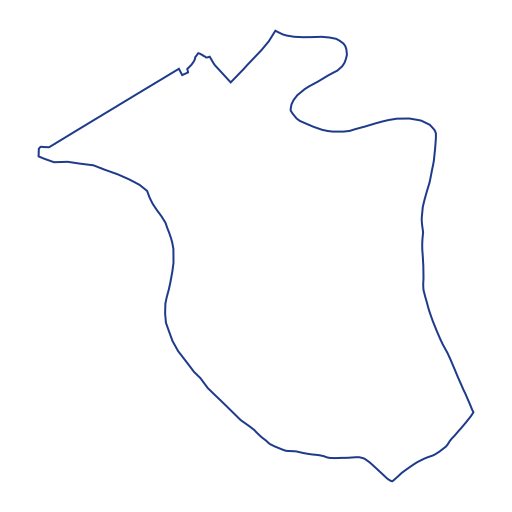 the district of Phu Tan, An Giang, Vietnam
{"feature_id": "81297802B56486108937036", "entity_name": "Phu Tan", "entity_type": "district", "adm_level": 2, "iso_a3": "VNM", "parent_name": "Vietnam", "parent_adm1": "An Giang", "projection": "albers", "projection_center": [105.28, 10.655], "detail": "fine", "context": "isolated", "style": "outline", "palette": "blue", "viewbox_px": 512, "rotation_deg": 0, "n_neighbors": 0, "source": "geoboundaries", "source_scale": "gbopen_adm2", "svg_char_len": 3633}
<svg xmlns="http://www.w3.org/2000/svg" viewBox="0 0 512 512"><path d="M54.0,162.2L61.7,162.0L67.6,161.8L79.7,163.6L93.4,165.3L105.2,169.9L117.9,174.4L129.4,179.5L139.6,184.9L147.1,190.9L149.5,197.4L152.6,203.7L156.8,210.0L161.4,216.2L165.4,222.6L167.7,229.1L169.0,232.3L171.1,238.5L172.2,242.4L173.4,248.9L173.5,262.8L172.4,271.2L170.2,283.3L169.6,285.8L168.9,289.2L168.4,291.0L166.6,297.7L165.4,303.5L165.1,313.5L165.9,322.2L165.9,322.7L168.8,330.8L172.5,341.0L178.1,351.1L186.6,362.1L194.1,372.0L200.4,378.1L207.7,388.0L210.3,390.5L214.4,394.5L224.5,404.2L229.2,408.8L240.2,419.6L241.0,420.3L250.0,426.7L254.4,430.1L256.2,432.1L259.4,435.2L261.6,437.2L263.4,438.6L265.0,439.8L266.5,441.0L268.1,442.6L269.2,443.5L270.3,444.3L271.2,444.7L271.5,444.8L274.4,446.3L277.1,447.4L282.5,449.6L285.3,450.6L286.7,450.9L288.4,451.0L291.1,451.1L293.5,451.2L296.2,451.4L298.8,452.0L303.2,453.0L308.2,453.9L312.5,454.5L313.6,454.6L317.8,455.0L320.3,455.4L323.9,456.2L326.5,457.2L328.1,457.6L329.6,457.9L331.2,458.0L331.5,458.0L334.6,458.1L339.0,458.0L340.8,457.9L347.7,457.8L354.8,457.3L357.0,457.2L358.2,457.2L359.6,457.3L360.8,457.6L362.1,457.9L364.3,458.6L365.4,459.3L369.3,462.1L371.4,463.9L376.0,468.1L379.2,471.1L383.3,474.9L386.7,478.1L388.2,479.3L390.5,480.7L391.8,481.2L392.1,481.3L392.4,481.2L393.7,480.2L396.5,477.7L397.9,476.5L401.6,473.0L404.5,470.8L411.5,465.9L414.5,463.9L417.0,462.3L420.9,460.3L424.4,458.6L427.3,457.4L432.8,455.5L435.2,454.3L437.7,452.7L439.3,451.7L443.3,448.6L445.8,446.7L447.4,444.8L450.1,440.6L452.1,438.2L454.1,436.2L459.0,430.5L461.0,428.3L466.2,422.1L469.4,418.1L471.3,415.6L472.5,413.7L473.0,413.0L473.4,412.2L473.2,411.9L472.1,409.6L471.6,408.4L470.5,405.6L465.1,393.1L463.6,390.1L457.4,376.0L455.4,371.1L450.4,359.3L447.5,353.0L442.7,344.3L440.3,339.2L436.4,330.1L432.9,321.4L430.9,315.8L429.1,310.5L427.9,306.4L427.0,302.9L425.1,296.3L424.0,292.0L423.7,290.9L423.5,289.9L423.3,287.6L423.2,284.3L423.5,278.1L423.4,271.3L423.3,265.3L423.2,264.0L422.8,256.5L422.3,250.0L422.2,244.9L422.4,239.7L423.1,232.3L422.6,228.6L422.1,225.0L421.7,220.2L421.8,217.1L422.8,206.9L424.4,200.2L426.5,192.6L429.6,182.3L430.2,179.3L430.7,177.0L430.8,176.4L432.0,170.1L433.2,164.4L433.9,160.4L434.4,155.3L435.1,148.7L435.9,138.3L435.9,133.3L434.7,130.3L432.6,127.8L429.8,124.8L421.2,120.6L417.0,119.8L409.2,118.5L396.7,118.7L388.7,120.0L381.9,121.6L374.7,123.6L363.8,126.9L363.2,127.0L355.1,129.2L349.7,130.9L343.6,131.6L340.3,131.6L336.2,131.6L332.8,131.6L327.7,131.0L322.1,129.8L313.5,126.8L304.6,123.0L299.8,120.9L296.5,118.4L292.7,113.7L290.7,110.7L290.7,108.6L291.5,104.4L293.6,100.0L297.3,95.2L304.6,89.2L309.5,86.1L317.4,81.9L328.4,75.3L333.8,72.4L337.4,70.6L337.7,70.3L342.2,66.3L344.5,62.8L345.9,59.0L346.9,54.9L346.7,52.2L346.3,49.1L345.2,45.9L343.4,43.5L339.6,40.7L336.1,38.8L329.4,37.5L321.5,36.8L312.4,37.1L303.2,37.2L294.2,36.8L286.5,35.5L282.7,34.4L277.4,31.8L275.4,30.7L274.7,31.8L268.8,41.3L261.3,50.3L246.6,65.7L246.1,66.3L243.7,69.0L230.7,82.4L220.4,71.2L214.7,65.0L213.4,63.0L209.7,56.7L208.1,57.2L207.5,57.4L206.2,57.5L205.8,57.2L205.2,56.7L204.3,56.2L203.4,55.9L203.0,55.6L202.8,55.2L202.5,54.9L202.2,54.8L201.5,54.7L201.0,54.4L200.5,54.0L198.8,53.3L198.3,53.2L198.0,53.4L196.8,55.2L195.3,57.1L195.1,57.7L195.1,58.3L194.7,59.6L194.1,60.9L193.0,62.6L191.2,65.1L190.4,65.8L188.6,67.7L187.4,68.7L187.3,69.1L187.5,69.9L188.1,72.3L187.9,72.5L182.2,75.1L178.9,68.8L135.2,95.1L95.0,119.4L76.0,130.9L49.3,147.1L48.5,147.3L47.3,147.1L44.5,147.1L43.1,147.0L41.7,146.8L40.9,146.8L40.1,147.3L39.7,147.7L39.0,148.6L38.8,149.1L38.6,156.4L44.4,158.8L54.0,162.2Z" fill="none" stroke="#1e3a8a" stroke-width="2"/></svg>